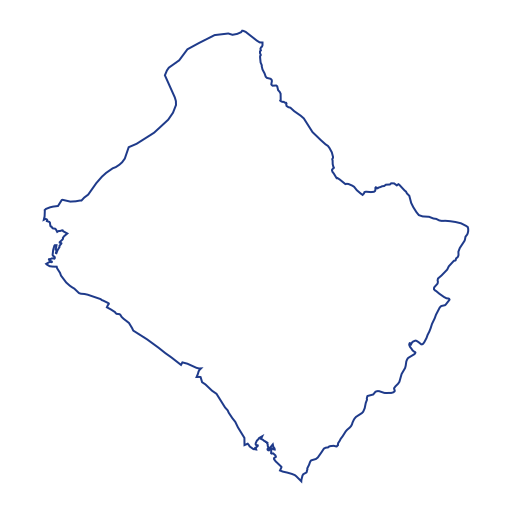 the district of Chibed, Mures, Romania
{"feature_id": "2599482B68671964620043", "entity_name": "Chibed", "entity_type": "district", "adm_level": 2, "iso_a3": "ROU", "parent_name": "Romania", "parent_adm1": "Mures", "projection": "equal_earth", "projection_center": [24.976, 46.536], "detail": "fine", "context": "isolated", "style": "outline", "palette": "blue", "viewbox_px": 512, "rotation_deg": 0, "n_neighbors": 0, "source": "geoboundaries", "source_scale": "gbopen_adm2", "svg_char_len": 5971}
<svg xmlns="http://www.w3.org/2000/svg" viewBox="0 0 512 512"><path d="M307.4,469.5L307.3,469.1L307.3,468.3L309.1,464.7L310.0,462.1L310.9,460.6L311.4,460.3L315.9,459.0L317.8,457.5L321.4,452.4L323.9,448.6L325.7,447.7L328.1,447.4L329.1,446.5L330.4,446.1L333.7,445.8L336.4,446.5L336.9,446.3L337.3,445.6L337.9,445.3L338.1,443.2L339.7,440.8L340.7,438.8L342.6,436.3L345.7,431.4L347.1,429.8L349.8,427.5L351.1,426.0L352.0,424.3L352.5,422.6L353.8,419.8L354.6,418.5L356.1,416.8L362.0,413.0L363.2,411.7L364.7,408.2L365.8,402.8L367.0,399.7L366.8,398.4L367.3,396.4L367.5,396.0L373.2,394.5L375.5,391.7L377.4,391.1L378.9,391.1L384.3,392.9L386.0,393.0L391.4,392.9L393.4,392.3L394.6,391.3L394.7,390.4L394.1,388.8L394.1,388.2L395.4,386.4L398.1,383.7L399.4,381.8L401.6,374.0L405.1,368.0L405.7,365.7L406.3,361.5L406.9,359.9L407.8,358.3L408.7,357.6L414.5,354.1L415.2,353.2L415.4,352.5L415.2,352.2L413.9,351.5L412.5,350.3L411.6,348.9L410.0,346.8L409.2,344.8L409.5,343.4L409.8,343.1L410.4,343.3L410.7,344.5L410.9,344.6L412.1,342.4L413.2,341.5L415.4,340.6L416.4,340.8L418.5,342.1L421.2,344.3L421.9,344.4L423.1,343.8L424.4,342.0L426.5,338.0L427.6,334.9L429.3,331.6L430.6,328.3L432.0,323.9L434.7,318.3L436.0,314.7L439.7,307.6L440.9,306.3L441.4,306.0L445.0,305.2L445.7,304.6L449.4,299.9L449.5,299.5L449.1,298.8L448.4,298.5L446.5,298.3L444.0,297.0L439.3,293.7L436.2,291.1L435.0,290.4L434.0,289.3L434.0,288.0L434.4,287.1L437.4,283.8L437.7,283.1L437.9,281.7L437.6,280.3L438.0,278.5L441.5,275.5L447.2,269.6L448.8,266.3L453.5,261.2L454.1,260.7L454.8,260.7L455.6,260.3L456.1,258.4L457.6,257.2L458.1,256.3L458.5,255.0L458.4,251.7L459.8,248.0L464.4,241.0L464.9,239.8L465.5,236.7L467.2,234.5L467.7,233.3L468.2,231.1L468.2,228.9L467.8,227.1L466.1,225.9L461.0,223.3L455.5,222.0L450.2,221.2L445.5,220.8L441.6,220.9L439.2,220.4L436.2,218.9L433.4,218.5L429.1,216.8L422.6,216.4L418.8,215.1L416.4,212.1L413.3,207.2L411.2,203.0L409.3,195.8L406.9,193.4L406.0,191.6L404.6,190.5L399.3,184.8L398.4,184.2L396.8,185.4L394.1,183.4L391.2,183.3L389.9,184.5L385.9,184.7L384.2,186.0L382.0,186.3L380.6,187.0L378.8,187.5L377.6,188.3L377.1,188.3L376.8,187.7L375.8,187.3L375.4,187.8L375.4,189.7L375.1,190.9L373.9,191.8L370.9,192.1L366.0,191.7L364.5,192.1L363.9,193.5L362.6,194.9L360.8,193.6L356.8,190.2L354.1,186.8L352.2,185.6L348.5,184.0L346.9,183.8L345.4,184.1L339.7,179.5L337.4,178.0L336.9,178.3L336.5,178.0L333.7,173.4L332.5,171.9L332.0,170.4L332.0,169.9L332.5,169.1L333.9,167.8L333.8,167.4L333.4,167.0L332.7,164.1L332.6,160.5L332.3,159.6L332.3,159.0L333.0,157.8L333.0,156.8L331.8,152.3L329.4,147.9L327.9,145.9L325.5,144.3L320.8,140.1L312.5,132.1L303.8,118.4L300.7,115.7L294.1,111.1L290.4,107.7L288.4,107.2L286.6,106.0L286.2,104.6L286.5,103.6L286.1,102.8L284.9,102.7L283.8,101.9L282.4,101.9L280.9,101.2L280.2,100.6L280.7,99.6L280.6,93.7L279.7,91.9L278.1,90.1L277.2,86.3L276.2,85.5L272.6,85.7L271.7,85.0L271.3,84.3L271.9,81.0L271.6,79.8L270.6,78.8L266.9,77.9L265.7,76.7L264.6,73.5L262.5,69.5L261.7,66.1L261.8,65.3L260.6,62.5L260.1,57.5L260.1,56.1L260.8,55.0L260.0,53.1L260.0,51.3L260.9,50.4L260.4,48.9L261.0,47.4L262.0,46.6L262.5,45.2L262.5,42.5L259.7,42.4L256.8,40.6L245.7,31.9L243.4,30.9L242.2,30.7L241.1,32.2L237.2,33.9L232.5,34.8L228.3,33.5L214.6,35.1L199.0,43.0L187.4,49.3L179.2,60.3L168.8,67.7L166.9,70.5L164.9,75.3L174.8,97.4L175.9,101.1L176.0,105.0L173.0,112.7L168.2,119.7L154.1,132.7L136.6,143.8L128.7,147.2L124.8,158.6L122.1,162.3L119.4,164.7L115.8,167.1L112.7,168.3L106.1,172.9L102.0,176.6L96.4,183.0L88.2,194.6L84.2,197.6L81.5,200.5L80.2,200.5L75.7,201.3L70.3,201.6L62.5,199.8L61.7,200.1L58.0,206.0L53.1,206.6L50.1,207.3L46.0,208.9L44.7,210.1L44.8,211.4L44.6,216.3L43.8,219.8L45.6,218.9L46.9,219.5L47.2,220.0L46.9,221.1L49.3,221.9L49.9,222.6L50.4,226.0L50.8,226.5L51.5,226.6L52.3,227.9L52.9,228.4L55.1,228.7L55.9,229.4L57.2,231.9L58.4,231.1L60.5,230.9L62.1,230.3L62.6,230.3L63.1,231.2L67.3,233.5L64.1,236.2L62.9,237.8L63.0,238.7L62.6,239.4L59.7,242.2L59.7,242.6L59.9,242.7L60.3,242.4L61.4,243.3L61.2,243.8L59.5,245.8L59.5,247.0L57.5,250.3L56.4,253.2L55.9,253.0L55.9,252.8L56.5,251.1L56.6,250.2L55.7,249.7L56.5,245.2L54.8,245.2L54.4,245.7L53.2,249.8L52.6,254.9L52.9,255.6L54.6,256.9L54.8,257.5L54.7,258.3L54.3,258.7L53.3,258.4L51.9,258.4L50.6,259.0L49.0,259.2L48.9,259.5L49.1,259.9L50.0,260.7L51.7,261.5L51.9,261.8L51.8,262.1L51.5,262.2L49.9,261.9L49.3,262.1L46.2,263.9L46.8,264.5L49.6,266.2L52.8,266.6L56.7,266.7L56.9,267.7L57.3,268.6L60.0,272.8L61.0,275.6L66.2,282.5L69.8,285.7L72.1,287.3L74.3,288.6L79.0,293.1L80.8,293.7L84.5,294.0L87.7,294.7L96.5,297.7L100.6,299.1L101.8,300.1L103.0,300.5L107.9,302.9L108.8,303.5L108.8,303.9L107.8,305.3L106.9,307.3L110.8,309.4L115.0,312.1L115.6,313.0L116.5,313.8L119.6,314.2L120.4,314.9L121.6,316.9L123.6,318.8L129.0,323.0L132.2,328.3L132.9,329.9L133.4,330.7L147.0,339.3L158.5,347.7L165.3,353.1L171.5,357.5L181.0,364.9L182.4,362.4L187.4,363.7L196.4,367.8L199.1,368.5L201.0,368.4L199.5,369.9L198.6,371.4L197.9,373.9L196.6,377.0L199.9,376.9L200.6,377.1L202.1,382.2L205.4,384.4L212.0,390.7L216.5,393.8L225.0,407.4L227.7,410.4L228.7,412.7L232.3,418.1L235.3,421.9L237.9,427.3L244.4,437.9L244.5,445.1L247.7,443.7L249.2,445.5L249.6,446.4L253.4,449.1L253.6,449.0L256.2,449.5L256.1,449.1L255.0,448.2L255.2,447.8L256.2,447.4L257.8,445.8L257.7,445.3L256.1,445.0L255.7,444.5L255.6,444.0L255.8,443.0L256.9,440.6L258.4,439.2L258.8,438.4L259.2,438.0L262.2,436.3L261.0,438.9L262.9,439.8L264.4,441.1L265.4,441.4L265.7,442.0L266.5,442.1L267.4,442.8L267.1,443.3L267.7,444.3L267.7,445.8L268.5,447.7L267.7,448.6L267.5,449.2L267.6,449.7L268.1,450.2L268.9,450.4L269.5,449.8L270.2,447.5L272.8,444.4L273.3,446.8L274.5,448.4L274.7,449.5L274.2,449.5L271.4,448.3L271.1,453.2L271.6,453.6L273.2,453.4L275.4,455.4L275.9,456.8L274.0,458.2L274.1,459.3L275.7,461.4L281.4,466.8L281.4,467.4L280.0,470.5L282.8,471.6L287.3,472.6L291.8,473.9L294.8,475.1L296.3,476.3L301.3,481.3L301.4,479.8L302.5,475.5L303.3,474.2L306.4,472.5L306.8,471.8L306.9,470.7L307.4,469.5Z" fill="none" stroke="#1e3a8a" stroke-width="2"/></svg>